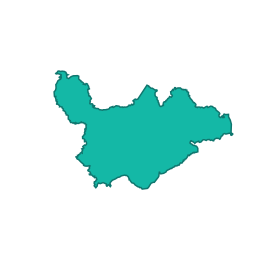 outline of Presidente Figueiredo, Amazonas, Brazil, rotated 304°
{"feature_id": "56859067B39852544497118", "entity_name": "Presidente Figueiredo", "entity_type": "district", "adm_level": 2, "iso_a3": "BRA", "parent_name": "Brazil", "parent_adm1": "Amazonas", "projection": "albers", "projection_center": [-60.113, -1.221], "detail": "fine", "context": "isolated", "style": "filled", "palette": "teal", "viewbox_px": 256, "rotation_deg": 304, "n_neighbors": 0, "source": "geoboundaries", "source_scale": "gbopen_adm2", "svg_char_len": 5896}
<svg xmlns="http://www.w3.org/2000/svg" viewBox="0 0 256 256"><g transform="rotate(304 128 128)"><path d="M195.5,203.7L193.7,201.4L193.3,199.9L192.0,199.9L191.3,200.5L190.9,201.8L190.3,201.7L189.6,200.6L190.9,200.0L190.8,199.5L189.8,199.0L188.5,199.0L188.2,198.3L188.4,197.2L189.7,196.0L191.0,196.2L191.4,195.8L191.8,194.7L192.1,191.1L193.2,189.4L192.7,186.9L193.1,186.2L192.4,184.4L189.7,182.8L190.2,181.5L189.7,181.0L186.8,179.6L186.7,178.0L186.0,176.8L185.4,176.7L185.3,175.5L184.4,174.2L183.7,174.0L183.8,173.2L183.3,172.7L183.3,171.9L183.6,171.5L185.1,171.4L185.6,170.9L186.1,168.7L185.7,168.2L187.1,164.6L187.3,163.1L188.4,161.5L188.4,160.7L189.3,160.8L189.3,159.4L191.3,158.3L191.4,157.3L191.1,156.6L192.2,155.7L191.8,155.3L192.2,154.4L191.6,154.1L191.2,152.7L190.6,152.5L190.6,151.6L190.1,151.3L190.5,149.1L189.1,147.0L188.0,146.1L186.9,145.8L187.9,144.7L187.6,144.2L184.6,144.4L184.8,143.6L182.5,143.5L181.9,143.1L180.1,144.7L179.9,146.2L179.4,146.8L177.7,146.7L177.3,144.9L175.5,145.1L174.8,144.6L173.2,144.6L171.9,144.1L170.9,144.5L169.9,143.3L168.4,143.3L166.5,144.7L166.1,143.9L165.2,144.0L164.1,143.2L164.0,142.3L165.2,140.1L165.9,139.8L166.2,138.7L167.5,137.6L167.8,136.2L169.6,135.0L169.5,133.4L170.1,132.2L172.3,130.7L174.0,130.7L174.4,131.2L175.1,131.3L175.6,130.9L175.4,130.1L174.6,129.1L174.6,126.0L173.8,124.7L174.1,122.7L173.9,122.0L174.4,121.7L174.1,119.8L157.4,120.0L155.9,118.6L156.1,118.0L155.8,117.7L153.4,116.9L153.1,117.3L153.1,118.4L151.0,119.5L149.7,119.0L149.9,117.9L148.0,117.5L148.0,116.9L147.5,116.1L147.1,116.3L144.9,115.4L143.6,113.9L143.4,113.3L142.3,112.4L142.5,111.9L140.9,109.8L141.1,108.4L139.8,105.7L136.8,104.3L136.7,103.6L137.2,103.3L134.8,101.5L133.6,101.7L132.1,100.8L131.8,100.2L131.0,99.7L129.2,97.2L128.6,97.0L127.2,94.0L127.4,92.4L126.3,90.5L126.2,89.3L125.7,88.9L125.8,87.0L126.3,87.1L127.2,88.0L127.8,87.8L127.0,86.0L127.7,85.8L128.0,85.3L128.0,84.7L126.8,83.2L127.0,82.6L127.5,82.3L128.7,82.1L129.0,81.5L129.5,81.2L131.9,81.2L133.2,78.4L132.7,78.1L132.9,77.4L134.7,76.1L134.9,75.2L137.3,73.1L138.0,73.2L138.2,73.8L138.9,74.1L139.8,72.5L140.5,72.1L141.2,70.3L141.7,69.9L141.7,69.0L141.3,68.3L140.1,68.5L139.5,66.7L140.1,66.9L140.6,64.5L140.2,63.7L140.4,62.8L140.9,62.5L140.8,60.8L141.2,59.6L143.4,58.2L143.2,56.9L140.6,53.4L138.7,52.1L135.8,51.2L135.4,49.4L137.3,47.7L138.6,48.5L138.3,46.7L139.4,45.5L139.3,43.7L138.2,41.5L137.3,40.8L136.6,38.8L135.6,38.0L134.4,38.3L133.4,37.7L132.7,37.7L132.8,38.4L133.7,39.3L134.6,41.5L134.3,42.1L134.7,42.9L134.2,43.2L133.1,43.2L131.6,42.6L131.3,43.1L133.0,44.0L132.3,44.6L130.6,44.8L129.2,43.9L127.9,43.5L125.0,44.0L123.7,43.9L120.8,46.1L118.6,46.8L116.7,46.5L113.2,49.2L112.9,49.6L113.7,50.5L112.4,51.1L111.1,52.6L111.3,53.1L110.3,53.1L110.4,54.4L109.7,54.3L109.3,55.4L108.6,55.7L108.2,55.3L107.9,55.5L108.4,56.5L108.3,58.3L108.0,59.0L107.3,59.4L107.9,59.9L108.5,61.5L107.8,62.1L107.7,63.7L106.4,64.3L106.2,64.7L106.6,65.4L106.2,67.5L105.4,67.8L105.3,68.4L104.3,69.6L104.9,70.4L104.8,71.6L102.0,73.5L102.0,74.6L101.5,75.5L101.8,76.0L101.0,76.4L100.5,77.4L101.0,77.8L101.3,79.9L102.0,80.0L102.5,81.2L101.8,81.5L102.1,82.4L102.5,82.6L103.2,82.2L103.1,82.7L104.3,84.7L104.9,84.8L106.0,85.9L106.5,85.7L107.0,86.1L106.7,87.0L107.6,88.1L107.2,89.4L107.8,89.8L107.3,91.8L106.5,91.8L104.7,93.4L104.0,93.0L103.5,93.7L102.9,92.9L102.1,93.5L101.9,94.5L101.5,94.5L101.2,94.1L99.7,94.6L99.6,95.1L99.0,95.7L98.4,95.3L96.9,95.5L95.5,95.1L93.9,96.3L94.3,97.1L94.2,98.6L93.2,98.9L92.4,99.6L93.3,100.1L93.5,100.6L92.3,102.1L91.2,102.7L89.6,102.2L89.6,101.5L87.4,100.9L86.8,102.5L85.1,101.5L85.1,102.3L84.2,102.2L83.8,103.0L82.8,103.0L81.6,104.0L81.5,102.9L80.4,102.5L79.5,102.7L78.3,102.0L76.8,102.5L77.4,102.1L77.1,101.5L76.4,102.0L75.9,101.7L75.4,102.4L74.6,101.9L73.9,103.2L74.2,104.6L73.5,107.7L73.0,111.7L72.2,112.1L72.5,113.8L73.8,115.8L75.2,117.0L75.3,117.7L73.8,117.8L73.4,118.5L72.8,118.7L70.6,118.3L70.2,118.7L70.3,121.1L69.5,122.5L69.0,122.5L68.1,121.7L67.7,122.2L68.8,124.3L68.4,126.1L69.3,127.2L68.1,127.7L68.1,128.1L69.1,129.1L69.0,129.6L67.8,131.0L67.0,130.7L65.7,131.0L64.6,130.2L63.2,130.9L62.6,132.2L61.5,132.1L61.1,132.4L60.5,134.7L62.8,134.9L64.0,134.2L65.9,134.3L66.3,136.0L68.8,137.9L69.5,141.4L68.2,142.2L67.9,142.8L68.3,143.3L69.6,143.3L70.1,143.7L69.5,146.1L70.6,146.1L71.7,144.2L73.0,143.8L75.9,144.2L78.9,146.1L81.3,147.1L82.7,148.5L84.7,149.3L87.2,151.7L87.3,152.6L87.9,153.3L87.8,155.4L86.9,156.5L86.7,157.4L85.9,157.7L86.1,157.9L84.7,161.7L85.4,163.9L84.8,165.5L84.8,169.0L85.3,170.4L85.1,171.1L85.9,172.1L85.3,173.9L88.7,177.8L90.0,178.2L95.1,178.0L97.1,179.3L97.7,180.2L103.9,180.6L105.2,180.5L109.4,178.4L108.5,179.7L108.3,180.8L110.4,182.9L112.9,184.1L113.9,183.9L114.9,184.2L117.6,185.8L118.1,185.8L118.9,186.9L120.0,187.0L122.0,188.3L123.0,188.2L123.6,189.3L124.6,190.2L125.2,190.2L125.9,191.2L127.8,190.9L128.5,191.1L128.7,191.8L129.6,192.5L131.1,192.1L131.6,192.6L132.2,192.2L132.2,192.5L132.7,192.4L133.3,192.9L134.3,192.7L134.8,193.3L136.8,193.4L139.1,193.0L139.1,193.8L139.5,194.3L140.1,194.0L141.0,194.8L141.6,194.5L142.5,195.3L143.8,195.5L144.6,196.2L144.3,196.7L145.0,196.8L145.5,197.7L147.3,199.2L150.2,197.2L151.0,195.6L151.2,194.8L150.8,194.2L150.8,192.8L150.3,192.3L150.1,191.0L150.3,190.4L150.0,188.2L150.5,187.6L152.3,187.2L152.8,187.6L152.6,188.8L153.1,189.3L152.7,191.9L153.3,192.2L154.1,192.2L156.6,194.0L156.0,195.1L156.3,195.6L157.7,196.5L158.9,196.5L160.3,196.9L161.0,197.9L161.4,199.8L162.6,200.2L164.0,201.9L163.8,203.2L164.8,204.0L165.0,205.8L165.4,206.2L166.3,205.9L167.7,206.2L169.0,207.1L170.1,209.1L170.0,210.3L170.6,210.5L173.4,209.9L174.4,210.6L176.3,210.4L177.5,211.3L177.7,212.5L180.4,215.0L180.7,216.3L179.7,217.1L179.7,217.7L180.2,218.1L181.4,218.3L181.8,217.9L181.6,217.2L181.8,216.0L188.9,211.6L191.7,208.4L193.4,205.2L195.5,203.7ZM74.6,101.9L75.0,101.5L74.9,101.2L74.7,101.4L74.6,101.9Z" fill="#14b8a6" stroke="#0f766e" stroke-width="1.5"/></g></svg>